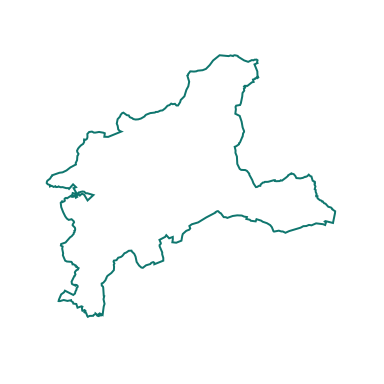 Bistrita, Bistrita-Nasaud, Romania (Albers equal-area conic projection), rotated 11°
{"feature_id": "2599482B91510163200898", "entity_name": "Bistrita", "entity_type": "district", "adm_level": 2, "iso_a3": "ROU", "parent_name": "Romania", "parent_adm1": "Bistrita-Nasaud", "projection": "albers", "projection_center": [24.486, 47.14], "detail": "fine", "context": "isolated", "style": "outline", "palette": "teal", "viewbox_px": 384, "rotation_deg": 11, "n_neighbors": 0, "source": "geoboundaries", "source_scale": "gbopen_adm2", "svg_char_len": 5938}
<svg xmlns="http://www.w3.org/2000/svg" viewBox="0 0 384 384"><g transform="rotate(11 192 192)"><path d="M279.5,215.0L280.1,215.2L284.6,213.4L287.3,213.7L288.6,213.4L291.5,214.2L294.9,211.8L305.4,206.3L307.8,204.3L310.7,203.6L313.1,202.0L315.7,201.9L319.8,199.1L326.8,198.6L329.0,199.0L329.3,196.5L328.0,195.6L328.6,195.1L336.3,195.5L336.4,185.4L336.2,183.6L332.9,182.2L332.9,181.7L331.3,180.7L328.6,180.5L325.3,178.0L323.8,177.8L322.1,176.3L321.6,176.6L320.7,175.8L319.1,175.6L316.6,174.3L316.1,173.6L316.0,172.3L315.1,172.4L315.3,171.9L314.6,171.6L314.8,170.4L313.4,168.3L313.0,166.4L311.9,165.8L312.1,162.9L311.1,161.7L311.1,160.7L310.8,160.6L311.0,160.0L310.5,159.3L310.8,158.9L310.6,158.5L308.3,157.9L306.3,154.0L305.2,153.9L303.3,152.7L302.2,154.4L300.7,155.5L300.2,155.4L298.1,157.0L295.6,158.0L291.8,158.4L290.4,156.6L288.5,155.1L286.7,154.9L286.1,155.3L285.8,154.9L283.1,157.4L283.1,158.0L281.5,160.0L278.1,163.7L276.8,163.6L276.1,164.5L272.8,165.3L271.3,165.4L271.1,164.6L270.1,164.8L264.7,167.5L261.5,168.2L260.9,168.9L259.8,169.2L258.0,171.5L257.9,172.9L256.7,173.1L254.8,174.7L253.8,175.0L250.7,171.8L248.8,168.7L244.9,164.0L244.7,163.1L241.9,160.8L240.1,160.3L236.1,160.9L234.4,160.2L231.1,155.8L229.3,148.6L227.2,145.3L226.8,142.8L225.3,139.5L226.7,138.6L229.0,136.2L228.8,135.2L229.6,134.4L230.9,128.2L231.1,128.0L231.0,124.7L231.6,123.1L231.5,122.3L229.4,119.0L227.3,113.5L224.3,108.2L219.6,106.9L219.3,102.4L218.5,100.2L218.9,98.8L222.6,97.4L223.0,95.6L223.1,88.7L222.7,85.2L223.9,82.5L223.2,80.5L223.9,80.0L224.2,79.1L223.0,78.4L223.5,77.7L226.1,77.3L229.9,72.9L231.5,72.2L230.4,70.0L232.5,68.8L232.4,68.4L233.2,67.9L233.7,66.9L234.5,67.6L235.2,66.9L234.0,65.0L233.1,61.1L229.0,54.8L231.7,52.9L231.1,52.1L231.2,50.2L230.2,49.7L228.1,50.2L227.2,51.0L225.6,51.1L222.3,53.5L218.1,52.9L211.5,50.4L210.9,49.7L209.3,49.6L207.8,49.6L206.4,50.3L206.3,50.7L203.7,50.6L202.1,51.6L193.0,52.5L187.6,58.9L185.2,64.0L182.2,68.5L179.2,70.4L174.5,71.8L173.2,72.7L171.0,73.4L167.3,73.9L165.7,77.1L165.8,78.0L165.2,78.6L168.2,84.3L168.2,89.0L167.0,92.8L166.3,99.5L163.4,103.8L163.2,106.1L161.8,109.7L160.2,110.0L158.4,108.7L156.3,109.5L154.7,109.2L153.3,111.0L151.5,112.0L149.7,115.0L147.5,117.5L145.4,118.2L143.1,119.9L141.2,120.3L140.4,121.1L136.0,122.5L132.2,124.9L131.2,126.2L131.1,126.8L127.9,129.6L125.4,130.9L122.9,131.6L120.4,131.6L119.5,131.0L116.6,130.4L115.3,128.9L113.4,129.0L109.5,127.2L108.4,127.9L107.3,129.8L106.9,131.8L105.1,134.7L105.1,139.2L106.4,141.2L107.7,144.7L109.5,145.9L111.0,146.2L99.2,153.9L95.4,154.5L95.2,151.0L93.6,150.7L89.3,150.8L85.9,152.1L84.3,152.4L82.3,151.8L79.6,152.7L78.2,155.0L78.9,158.0L78.8,159.7L77.6,161.1L76.1,161.0L76.1,161.8L76.6,163.4L76.0,165.5L74.1,167.4L72.8,169.4L71.9,171.1L71.4,173.0L71.3,173.5L71.9,174.8L73.3,176.2L73.1,177.4L72.6,178.4L73.1,182.7L72.3,185.8L72.8,187.1L67.9,191.1L64.7,194.8L61.2,197.4L58.2,198.4L51.5,202.3L51.6,202.9L51.0,203.6L50.1,206.0L47.9,208.5L47.6,209.8L47.7,211.0L48.9,211.9L51.2,212.3L51.5,213.6L53.0,212.7L55.3,213.4L56.8,212.4L57.6,213.1L59.4,212.6L59.9,212.0L61.9,212.4L64.2,211.9L67.7,212.2L69.9,211.8L70.7,212.4L73.8,207.2L77.2,209.4L75.0,210.8L78.9,215.3L77.4,215.9L75.1,215.8L75.0,217.9L74.7,218.3L75.2,218.7L78.9,217.4L79.4,216.0L80.9,214.2L81.2,214.5L82.2,213.4L84.4,212.4L86.1,212.3L88.0,213.5L89.5,213.2L95.8,213.8L91.1,220.2L86.8,215.4L84.9,214.7L83.9,215.1L82.6,216.9L81.5,216.2L80.8,216.5L80.4,216.2L79.6,217.3L79.7,218.6L80.1,218.8L79.1,219.7L78.8,219.2L77.7,218.6L76.4,219.0L76.1,219.5L74.6,219.6L74.1,218.6L70.6,222.0L69.5,221.8L68.7,222.3L68.2,223.2L68.8,224.7L68.6,225.3L66.8,226.6L66.2,226.0L65.2,227.7L66.5,231.8L69.4,236.4L72.3,240.2L74.3,242.0L76.3,242.9L79.0,241.7L81.5,243.3L82.0,244.2L81.1,246.6L81.2,247.5L83.8,249.3L84.4,250.6L84.5,251.9L83.9,252.6L84.4,253.5L83.7,254.7L83.9,255.6L82.3,258.4L81.0,259.7L77.5,265.7L73.5,268.0L73.5,269.6L75.4,270.2L75.4,272.4L77.2,276.8L77.3,278.7L80.6,283.6L82.4,284.1L86.9,283.6L87.6,284.1L88.5,285.7L88.9,285.4L91.8,286.3L91.7,286.7L93.1,287.2L92.9,287.7L95.2,288.4L94.8,289.9L93.5,290.8L92.5,292.5L92.4,293.5L93.3,295.1L92.8,297.0L92.5,297.0L90.9,303.0L91.6,304.9L92.0,305.3L95.2,306.1L95.2,305.4L96.5,305.3L97.7,306.1L97.9,306.9L97.1,308.4L97.2,310.0L96.6,311.9L96.5,314.0L95.1,315.7L86.1,313.1L85.5,314.9L83.1,317.5L81.9,323.2L81.9,324.5L83.2,324.3L86.7,322.5L90.5,322.7L93.9,321.3L94.1,322.0L96.1,322.9L96.8,324.2L99.8,324.0L101.7,327.4L105.3,325.3L106.3,325.5L106.1,326.9L106.9,329.4L107.4,329.5L109.0,328.4L110.1,329.0L110.2,329.4L109.5,329.8L109.4,330.6L111.2,331.0L112.9,333.8L113.6,334.4L115.0,333.2L118.6,332.4L118.9,331.6L120.4,330.3L120.4,329.6L121.6,330.2L122.3,331.3L123.6,331.7L124.2,331.6L124.6,330.8L123.5,330.0L124.5,328.8L125.2,329.0L125.8,330.6L126.5,330.4L126.7,329.4L127.7,329.8L127.2,321.3L127.5,318.5L125.6,314.1L125.7,310.9L125.2,310.8L123.1,302.8L122.6,301.8L121.3,301.1L120.8,299.1L122.3,297.9L123.9,295.1L124.0,294.0L124.4,293.2L124.3,292.5L125.0,290.5L128.3,286.9L130.2,283.6L129.8,280.3L129.1,278.4L129.5,277.0L128.3,275.4L128.4,274.3L130.9,273.3L132.1,270.6L134.5,269.4L135.8,268.1L137.4,265.0L139.1,263.9L141.1,261.8L143.8,261.1L144.5,262.0L147.1,263.7L148.9,266.2L151.0,271.2L154.1,274.3L156.7,275.8L158.2,275.8L160.9,272.7L164.8,270.7L165.6,269.3L167.3,268.2L168.4,268.6L168.8,270.1L176.9,264.9L176.4,262.2L174.6,258.8L174.3,257.0L170.6,251.5L170.3,250.3L171.1,249.0L171.2,248.2L169.2,245.2L174.2,241.2L175.0,239.3L178.4,241.8L181.7,239.8L182.2,242.1L182.3,245.1L186.2,244.8L190.9,241.8L190.8,236.9L191.0,234.9L193.8,231.2L196.5,229.5L197.2,228.1L195.9,225.9L198.0,223.7L203.8,220.7L210.9,214.2L218.9,207.8L218.9,207.3L220.5,206.0L221.5,205.9L223.0,207.0L224.4,207.4L227.9,210.6L230.1,210.3L231.6,210.7L236.5,207.8L240.8,206.3L245.4,205.6L247.8,206.2L250.7,206.1L250.5,208.1L254.0,208.2L255.2,209.0L260.1,208.7L260.5,206.4L265.3,206.9L267.1,207.7L271.5,208.3L275.1,209.6L277.1,211.3L279.5,215.0Z" fill="none" stroke="#0f766e" stroke-width="2"/></g></svg>